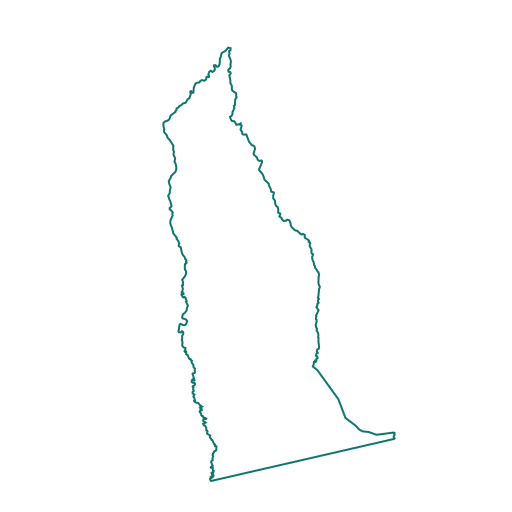 Sapezal, Mato Grosso, Brazil (Mercator projection), rotated 347°
{"feature_id": "56859067B20407124010543", "entity_name": "Sapezal", "entity_type": "district", "adm_level": 2, "iso_a3": "BRA", "parent_name": "Brazil", "parent_adm1": "Mato Grosso", "projection": "mercator", "projection_center": [-58.676, -12.959], "detail": "fine", "context": "isolated", "style": "outline", "palette": "teal", "viewbox_px": 512, "rotation_deg": 347, "n_neighbors": 0, "source": "geoboundaries", "source_scale": "gbopen_adm2", "svg_char_len": 6086}
<svg xmlns="http://www.w3.org/2000/svg" viewBox="0 0 512 512"><g transform="rotate(347 256 256)"><path d="M278.0,47.8L275.8,46.7L272.5,49.2L268.1,50.6L266.2,54.4L265.2,55.6L263.8,60.8L262.3,62.7L260.7,63.0L259.4,60.9L257.9,60.8L257.6,61.5L258.2,63.6L257.8,65.2L256.5,66.4L255.0,66.9L253.5,65.3L251.9,66.0L250.5,68.1L250.7,70.7L250.0,71.1L248.8,70.3L248.0,70.6L247.2,72.6L245.1,73.6L242.8,72.4L241.0,73.0L239.9,74.1L237.4,73.9L235.9,74.3L233.3,77.9L231.7,82.7L230.3,82.6L229.9,80.8L229.2,80.8L228.8,81.4L228.7,83.9L226.6,87.2L224.8,87.9L221.7,90.9L219.2,90.9L217.4,92.1L215.2,92.6L213.7,93.8L211.8,94.4L211.2,96.0L210.2,96.6L209.9,97.5L204.4,99.9L202.2,103.4L200.4,104.2L197.3,104.5L195.6,105.7L195.0,109.1L195.2,111.9L194.5,112.7L194.5,115.0L195.7,117.0L196.4,118.9L196.3,120.6L198.0,123.6L200.3,130.0L199.2,133.7L199.5,136.2L198.6,137.9L198.4,139.2L199.2,142.5L197.8,145.9L198.3,147.2L198.4,151.5L197.8,153.6L196.6,155.7L191.1,159.2L190.3,160.9L187.9,163.3L187.7,166.1L188.3,169.9L186.9,172.5L186.0,175.5L184.0,177.5L184.3,181.5L184.8,183.0L185.0,188.0L184.6,188.8L182.8,189.7L182.4,191.1L183.0,191.5L184.7,194.8L183.9,196.3L183.9,197.8L180.6,202.1L179.8,205.0L180.5,210.4L180.5,215.3L182.9,220.5L182.5,221.4L183.7,224.0L184.0,226.5L183.0,228.6L183.5,229.7L184.6,230.4L184.5,236.6L185.1,239.0L186.2,240.9L186.3,243.0L187.0,243.5L187.2,244.6L186.5,245.3L186.4,246.0L186.9,246.4L186.6,247.4L184.9,248.0L183.8,252.1L183.7,253.3L184.3,254.8L184.1,257.1L182.2,259.8L178.8,262.5L179.0,265.5L178.3,266.9L178.5,267.7L178.1,268.2L177.2,268.2L177.4,271.3L176.3,274.1L175.5,274.4L175.4,275.4L176.2,275.3L177.0,276.0L176.8,276.8L174.7,277.1L175.5,279.6L176.1,280.1L177.0,279.7L178.0,280.8L177.8,282.0L178.4,284.0L178.2,284.6L177.6,284.8L177.7,285.6L178.5,289.0L177.0,291.0L176.1,293.6L174.1,295.2L171.4,296.6L170.2,299.3L170.4,300.2L173.4,302.0L174.3,303.9L172.8,306.3L171.4,307.4L169.7,307.1L167.1,305.1L166.2,305.5L163.4,312.2L163.6,312.8L165.9,313.6L166.7,312.7L167.4,312.8L167.9,314.1L167.6,315.6L166.0,317.3L165.5,320.0L164.8,321.0L165.0,323.8L164.2,325.6L164.0,327.1L165.3,329.2L166.5,329.6L166.3,330.9L164.9,332.7L165.2,333.3L166.0,332.8L166.4,333.4L165.9,336.1L167.4,337.6L167.4,339.5L168.0,341.5L169.1,341.8L169.1,342.6L170.0,343.7L169.4,344.3L169.3,345.2L170.5,348.1L170.1,350.0L171.2,352.2L170.6,353.3L170.5,355.1L169.8,356.2L167.9,356.2L167.6,357.0L168.0,360.0L167.3,361.6L168.1,361.8L168.0,363.1L167.3,363.1L167.0,362.3L166.1,362.3L165.1,363.5L165.1,364.3L165.8,365.2L166.6,365.6L167.3,365.4L167.8,366.3L167.7,367.2L166.7,368.3L165.2,368.6L164.8,369.2L165.4,370.4L164.7,371.6L165.1,373.2L164.8,373.8L163.8,374.0L163.3,375.7L164.9,377.1L163.4,378.7L163.4,379.5L163.9,380.1L164.0,382.9L163.2,383.0L163.1,383.9L164.6,385.3L166.7,386.3L168.3,389.9L168.7,388.8L168.8,390.2L169.3,390.6L168.3,390.8L168.8,391.1L168.7,391.6L167.4,392.0L167.4,392.7L167.9,393.4L168.5,393.4L168.6,394.0L166.3,394.5L166.0,395.2L166.9,397.0L166.9,398.9L167.3,399.6L168.2,400.0L168.4,401.6L170.0,402.3L171.0,403.3L170.4,403.8L169.2,403.1L167.9,403.5L167.5,404.9L169.4,407.0L166.7,407.6L167.1,409.3L168.3,410.0L168.5,410.6L168.8,412.6L168.4,414.9L169.1,415.3L169.3,416.0L168.3,418.0L171.0,420.7L170.3,421.7L170.3,422.5L171.1,423.8L171.3,425.2L172.0,425.5L172.9,430.0L173.7,430.6L173.4,432.0L174.0,432.0L174.6,432.6L173.7,435.9L173.1,436.6L171.0,437.1L170.9,437.9L169.6,438.9L169.5,439.8L168.9,440.2L169.1,441.7L167.9,443.7L167.8,445.3L166.2,446.0L165.9,446.7L166.6,450.6L164.4,451.7L164.6,452.3L165.7,451.8L166.3,452.2L165.8,454.6L165.9,455.4L166.5,455.9L165.4,457.7L164.8,457.0L163.9,457.3L164.2,459.1L165.2,460.0L165.0,461.0L163.4,461.9L163.0,460.8L162.2,461.0L161.9,462.4L161.2,462.6L161.0,463.6L161.6,465.1L349.5,465.3L350.0,464.8L349.4,463.5L349.6,462.6L350.6,461.9L351.0,460.7L350.5,460.2L351.0,459.4L350.4,459.0L333.2,457.3L326.2,452.8L320.5,450.9L317.8,448.6L314.5,443.2L306.7,433.9L304.1,414.2L290.2,381.2L286.5,376.4L287.9,374.5L288.6,372.3L290.3,372.7L290.8,372.3L290.2,371.1L291.6,370.8L291.9,369.5L293.2,369.1L292.9,367.6L291.9,366.7L292.9,364.8L293.6,364.3L294.4,364.3L293.8,362.6L294.9,360.7L296.2,360.5L297.0,359.1L297.5,353.9L298.5,349.6L298.2,349.0L299.0,347.4L299.1,344.8L298.3,342.0L299.2,340.8L298.5,339.1L298.8,336.1L300.3,333.7L300.6,331.9L300.2,331.2L300.4,329.8L301.3,328.3L301.0,327.7L304.8,322.9L303.4,319.4L304.1,319.0L305.0,316.5L306.2,316.1L306.5,315.3L306.0,314.6L306.6,312.8L307.7,312.0L306.9,310.4L307.5,309.8L310.2,302.0L310.9,301.3L311.3,300.2L310.8,298.7L310.8,296.0L312.4,290.2L313.2,289.0L313.2,285.9L312.5,285.0L311.6,281.9L310.9,280.9L311.2,279.4L310.6,277.9L310.8,274.7L310.2,273.1L310.3,270.0L312.0,267.0L310.9,266.0L310.7,264.9L311.5,262.7L311.5,261.3L310.5,258.8L311.2,256.0L311.8,255.6L311.6,254.9L310.5,254.0L311.0,253.2L310.7,252.3L307.6,249.1L308.3,246.5L306.7,245.0L305.5,245.3L304.6,245.0L301.7,240.5L300.9,240.5L299.5,239.4L297.3,236.0L296.8,233.9L297.0,232.3L296.6,228.8L294.5,227.6L293.5,228.3L290.7,228.1L289.4,225.6L289.4,224.4L288.3,223.6L287.7,222.6L289.1,220.8L289.1,220.0L287.3,218.6L288.1,216.3L288.2,213.3L287.1,212.1L286.5,210.3L286.9,206.2L285.7,203.6L286.4,200.9L287.7,198.4L287.4,197.8L285.3,196.7L285.4,193.9L284.5,190.2L284.7,188.4L281.5,183.7L281.2,179.8L280.7,177.6L278.4,173.0L278.6,172.1L282.6,166.6L283.2,164.8L282.7,164.1L280.7,164.1L279.9,163.4L279.3,162.5L279.0,160.0L276.8,157.0L276.6,155.6L279.2,151.3L279.2,149.5L278.7,148.2L276.8,146.9L274.9,143.1L273.9,135.4L271.5,135.0L270.5,134.5L270.1,133.7L270.4,132.2L269.4,129.8L269.5,129.0L271.3,126.1L271.2,125.4L270.4,124.8L270.8,123.4L269.2,123.9L266.4,123.7L265.5,120.6L264.8,119.6L263.0,119.1L262.2,117.3L262.0,114.6L263.8,113.9L265.0,112.5L265.4,110.6L268.3,106.9L268.2,104.8L269.5,104.1L270.9,98.9L272.8,97.0L272.6,95.7L273.1,94.1L273.1,92.7L270.3,89.8L269.9,88.3L270.7,85.1L270.4,83.0L269.9,81.9L270.5,79.4L270.6,74.8L270.8,73.7L272.3,72.6L272.5,71.6L272.0,70.8L270.9,70.4L270.6,69.0L271.4,67.9L272.7,67.5L274.0,65.7L274.1,63.8L275.3,60.9L275.3,58.2L274.6,55.0L274.8,54.0L275.7,53.2L275.8,50.7L276.1,50.1L277.3,50.0L278.0,47.8Z" fill="none" stroke="#0f766e" stroke-width="2"/></g></svg>